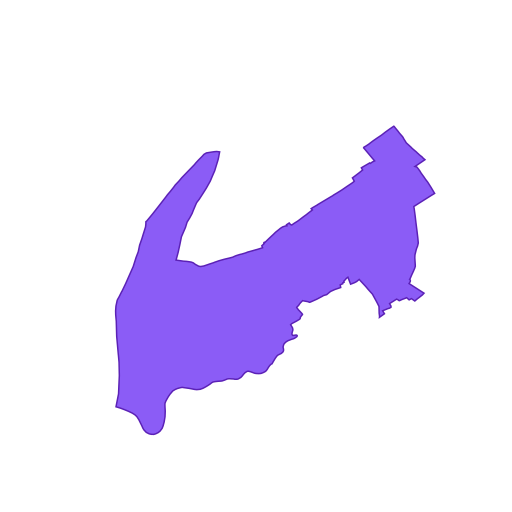 the district of Tra Vinh, Trà Vinh, Vietnam, rotated 242°
{"feature_id": "81297802B52504001228047", "entity_name": "Tra Vinh", "entity_type": "district", "adm_level": 2, "iso_a3": "VNM", "parent_name": "Vietnam", "parent_adm1": "Trà Vinh", "projection": "natural_earth1", "projection_center": [106.333, 9.952], "detail": "fine", "context": "isolated", "style": "filled", "palette": "violet", "viewbox_px": 512, "rotation_deg": 242, "n_neighbors": 0, "source": "geoboundaries", "source_scale": "gbopen_adm2", "svg_char_len": 5748}
<svg xmlns="http://www.w3.org/2000/svg" viewBox="0 0 512 512"><g transform="rotate(242 256 256)"><path d="M153.3,219.6L153.8,220.3L154.8,221.9L156.6,224.9L157.2,226.1L157.8,227.3L158.2,228.7L158.2,230.4L158.1,231.9L158.1,232.8L158.4,233.8L158.6,234.7L159.4,235.8L160.4,236.4L161.6,236.8L162.5,237.0L163.1,237.3L164.2,238.3L165.1,239.3L165.6,240.6L166.0,242.0L166.2,244.2L166.1,245.3L165.9,246.9L165.8,248.0L165.3,250.5L165.3,251.9L165.4,252.8L165.6,254.1L166.0,254.8L166.4,255.0L166.6,255.0L167.1,254.7L167.5,254.1L167.7,253.5L168.0,252.7L168.4,251.7L168.7,251.1L169.1,251.0L169.9,251.0L170.9,251.5L172.1,252.6L173.1,253.6L173.9,254.1L174.7,254.3L175.2,254.5L175.8,254.5L176.8,254.5L177.7,254.4L178.8,254.3L179.1,254.3L179.5,255.9L179.5,259.2L179.5,261.3L179.7,264.8L179.9,265.4L180.4,266.0L181.0,266.3L181.4,267.0L182.0,268.3L182.4,269.4L182.7,269.7L183.9,269.5L186.9,268.7L188.6,268.2L190.5,267.9L191.4,267.7L191.7,268.1L192.0,269.2L192.5,270.7L193.1,271.7L193.6,272.8L194.0,273.9L194.3,275.0L194.7,276.2L193.8,277.2L192.5,278.9L191.2,280.5L190.0,281.5L189.8,282.3L189.3,289.4L189.3,296.0L189.4,297.0L188.7,300.3L189.4,303.6L189.7,305.2L189.4,309.9L188.4,316.0L191.0,316.8L190.8,319.6L191.5,319.9L191.5,321.5L192.5,321.7L193.4,324.4L193.8,325.0L194.1,327.2L192.5,327.0L186.7,326.3L186.2,330.4L186.2,332.9L186.9,336.1L179.0,338.2L177.0,338.7L174.1,339.3L170.4,340.2L167.7,340.9L159.0,341.0L157.5,341.0L153.7,340.9L147.7,337.9L144.8,336.8L143.9,336.2L144.1,337.7L144.7,342.3L148.2,342.1L147.6,347.9L147.3,349.2L147.3,349.7L147.3,350.5L147.3,350.9L147.4,351.2L147.6,351.3L148.4,351.6L148.8,351.7L149.7,351.6L150.7,351.6L151.3,351.6L151.4,353.2L151.7,357.2L151.9,359.9L150.7,360.8L149.7,361.2L149.2,361.7L149.1,363.8L149.0,365.0L148.6,367.7L148.5,369.4L147.8,369.7L145.4,370.6L145.4,373.2L143.5,374.2L141.7,375.1L142.5,378.6L142.7,380.0L143.5,384.6L144.3,386.9L152.5,382.3L159.8,378.2L161.0,380.2L161.7,380.7L162.4,380.9L162.9,380.9L163.3,380.7L163.7,381.5L166.2,384.6L169.0,388.3L169.2,388.5L170.6,390.3L172.1,391.8L173.7,392.6L174.2,392.8L177.5,394.3L179.9,395.4L182.4,396.9L186.1,400.2L187.5,401.6L188.8,403.2L191.3,405.4L196.1,407.4L203.3,410.2L210.7,413.0L216.8,415.4L223.8,418.0L224.6,418.2L225.6,418.6L226.1,424.8L227.2,439.6L227.4,443.1L233.8,442.8L234.0,442.8L240.5,442.3L243.5,441.8L243.9,441.7L246.8,441.4L250.4,440.9L251.9,440.7L254.2,440.6L256.9,440.2L259.0,439.8L260.4,438.4L261.7,450.4L264.0,449.5L265.6,449.1L268.5,447.8L270.4,447.2L270.7,447.0L272.4,446.5L277.7,444.4L278.1,444.3L279.2,444.0L285.1,441.9L285.4,441.8L287.4,441.7L289.6,441.5L291.6,441.5L292.7,441.4L297.3,440.3L299.4,440.0L303.8,439.1L305.6,438.8L305.9,438.6L305.4,433.9L304.7,428.6L303.8,423.5L303.3,418.4L302.7,413.4L302.3,410.9L301.8,407.9L301.5,404.7L301.4,402.3L301.0,401.8L298.2,402.4L289.2,404.3L287.3,404.7L284.3,405.4L284.4,403.0L284.1,400.4L284.8,400.1L284.7,397.0L284.5,391.5L284.4,390.4L281.9,390.5L281.1,386.5L280.2,381.0L279.7,377.8L275.9,377.9L275.6,376.8L275.3,374.8L274.7,368.8L274.0,362.7L273.6,356.9L273.5,354.7L273.4,352.8L273.2,352.1L273.2,350.6L272.4,334.3L272.3,334.2L272.1,328.6L271.9,326.9L270.2,327.4L269.4,322.6L268.9,320.0L268.3,315.7L267.5,311.0L267.2,308.8L267.0,305.6L266.6,302.1L267.1,301.6L268.1,301.1L269.1,300.9L269.6,300.8L269.5,300.0L269.3,297.6L268.2,297.5L268.7,296.1L269.2,293.2L269.0,290.6L268.6,288.7L267.8,284.4L266.9,281.4L266.4,279.5L265.2,275.1L264.0,271.0L263.8,270.4L264.2,270.0L264.2,269.6L264.0,269.1L263.7,268.9L263.2,269.0L262.9,268.4L262.5,266.6L262.3,265.9L260.6,265.8L260.2,265.7L261.2,260.3L261.5,259.0L262.6,253.9L263.4,250.4L263.6,248.3L264.5,243.9L264.9,242.6L265.6,238.9L265.8,237.0L265.9,234.9L266.4,232.8L266.7,231.5L267.6,228.1L268.1,226.1L269.2,221.0L269.9,216.5L270.0,215.3L270.8,210.9L270.9,210.1L271.7,205.2L272.7,202.2L273.9,200.6L275.0,199.9L276.9,198.6L279.4,197.4L280.9,196.1L282.0,194.7L283.9,192.1L285.5,189.5L289.1,184.6L289.9,183.5L295.8,189.0L301.8,194.1L308.0,199.2L314.3,207.1L318.2,211.0L320.7,215.3L323.5,219.5L325.9,222.3L329.8,227.1L331.0,228.7L331.8,230.4L332.8,232.6L336.6,239.4L339.3,244.1L343.6,250.8L347.2,255.2L350.6,259.5L355.0,263.9L358.8,267.7L360.9,269.5L362.7,270.9L365.0,272.8L366.7,270.4L367.5,268.6L368.5,265.9L370.3,260.6L370.2,257.8L369.3,255.4L367.7,250.2L366.2,245.9L365.7,244.9L360.0,227.3L358.2,222.8L356.6,218.0L355.4,215.6L353.3,210.8L351.7,206.7L350.5,204.2L346.1,194.4L341.8,184.7L338.2,176.0L338.0,174.9L336.0,173.8L333.5,172.1L328.0,166.5L324.8,163.3L320.3,158.4L315.0,154.0L311.0,149.4L304.3,142.6L292.7,127.8L287.7,121.0L287.6,120.7L284.4,116.2L283.3,114.5L282.7,113.5L282.0,112.6L277.6,108.9L273.5,106.3L269.9,104.5L264.0,102.0L250.5,95.3L233.7,88.2L233.4,88.1L226.5,85.2L214.6,79.2L198.8,69.9L188.6,61.6L185.5,64.7L182.0,67.8L178.6,70.6L175.2,73.1L172.5,74.6L170.1,75.4L166.4,75.7L159.8,75.5L157.1,75.3L155.1,75.4L151.8,76.3L149.1,78.2L147.7,79.9L146.5,82.0L146.1,83.9L146.0,86.7L146.4,89.0L147.9,92.2L149.6,94.2L152.6,97.0L156.8,100.2L161.6,103.0L165.3,104.7L167.9,106.0L168.9,106.7L170.3,108.4L172.0,111.0L173.0,112.6L174.4,115.3L175.2,117.4L175.9,119.0L176.0,120.3L176.1,122.0L175.9,124.4L175.3,127.1L174.7,129.1L173.5,130.7L170.7,134.6L167.0,139.2L165.8,141.0L164.5,144.2L164.1,147.1L164.1,149.8L164.2,152.1L164.5,155.5L164.9,157.4L164.9,159.0L164.4,160.6L163.8,162.2L162.8,164.6L162.1,166.1L161.6,167.4L161.2,169.8L160.9,172.9L160.5,174.1L159.9,175.3L159.0,176.7L158.0,178.4L157.0,179.6L156.1,181.4L155.8,182.4L155.8,183.4L155.9,185.6L156.6,187.7L157.4,189.4L158.1,191.5L158.2,192.6L158.3,194.0L157.9,195.1L156.5,196.7L155.0,198.1L153.3,199.6L152.3,200.8L150.8,203.3L150.0,205.2L149.7,207.1L149.6,209.5L149.9,211.2L150.8,213.0L151.8,214.6L152.8,216.6L153.2,217.9L153.4,218.9L153.3,219.6Z" fill="#8b5cf6" stroke="#5b21b6" stroke-width="1.5"/></g></svg>